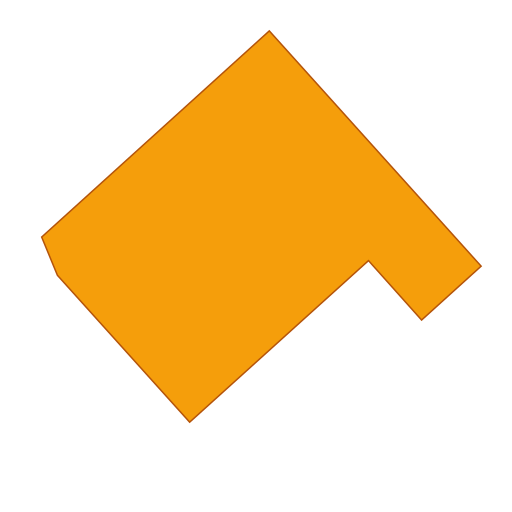 Gosper, Nebraska, United States of America, rotated 228°
{"feature_id": "52423323B47226627023047", "entity_name": "Gosper", "entity_type": "district", "adm_level": 2, "iso_a3": "USA", "parent_name": "United States of America", "parent_adm1": "Nebraska", "projection": "mercator", "projection_center": [-99.89, 40.526], "detail": "fine", "context": "isolated", "style": "filled", "palette": "amber", "viewbox_px": 512, "rotation_deg": 228, "n_neighbors": 0, "source": "geoboundaries", "source_scale": "gbopen_adm2", "svg_char_len": 262}
<svg xmlns="http://www.w3.org/2000/svg" viewBox="0 0 512 512"><g transform="rotate(228 256 256)"><path d="M176.9,95.5L177.3,336.5L97.6,336.2L97.8,416.5L414.4,416.5L413.5,109.4L374.5,95.5L176.9,95.5Z" fill="#f59e0b" stroke="#b45309" stroke-width="1.5"/></g></svg>